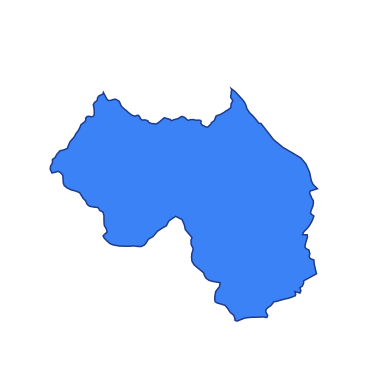 the district of Ranau, Sabah, Malaysia, rotated 107°
{"feature_id": "92858781B74051024245503", "entity_name": "Ranau", "entity_type": "district", "adm_level": 2, "iso_a3": "MYS", "parent_name": "Malaysia", "parent_adm1": "Sabah", "projection": "robinson", "projection_center": [116.758, 5.889], "detail": "fine", "context": "isolated", "style": "filled", "palette": "blue", "viewbox_px": 384, "rotation_deg": 107, "n_neighbors": 0, "source": "geoboundaries", "source_scale": "gbopen_adm2", "svg_char_len": 3625}
<svg xmlns="http://www.w3.org/2000/svg" viewBox="0 0 384 384"><g transform="rotate(107 192 192)"><path d="M156.1,315.1L160.0,317.8L162.5,318.0L166.0,318.6L170.3,320.1L173.8,320.7L179.4,323.3L184.6,323.9L186.6,323.9L189.3,327.0L191.1,330.3L195.6,332.3L199.4,333.1L201.6,335.0L205.2,333.9L208.3,334.8L211.4,334.4L214.8,331.5L213.0,328.4L211.4,326.2L211.9,323.5L213.7,320.5L217.3,319.1L220.8,317.8L223.1,316.2L224.6,312.7L225.3,308.0L225.1,303.5L225.5,299.3L227.8,296.6L229.8,294.4L231.6,291.1L234.5,288.6L235.6,285.8L235.0,280.7L234.3,277.4L236.7,274.6L237.2,271.3L240.3,269.3L244.6,268.0L248.4,266.6L249.7,266.0L252.6,262.9L255.1,261.5L258.4,263.5L260.0,264.2L261.8,262.5L263.6,259.1L265.4,255.2L265.6,251.5L264.9,245.6L263.2,239.5L262.0,235.6L260.5,231.7L260.0,228.3L259.1,224.8L256.7,222.1L254.4,221.1L249.9,219.9L245.9,216.2L239.7,213.6L239.4,213.4L235.0,209.7L231.8,206.6L226.9,205.8L224.5,204.2L220.0,200.5L221.3,193.4L226.0,189.5L229.8,187.5L231.6,184.8L235.6,178.7L238.3,178.9L242.4,177.5L245.7,174.4L248.4,174.0L250.6,174.2L254.4,173.4L258.2,171.8L260.9,168.9L262.3,165.8L264.5,160.5L265.9,157.3L268.5,155.4L270.5,153.0L271.5,149.9L271.5,146.5L270.5,138.5L274.6,138.1L278.2,139.5L280.2,140.2L283.3,139.9L287.4,139.1L290.0,137.9L290.7,136.1L290.7,131.6L290.7,127.3L293.2,123.4L294.3,122.2L296.1,120.0L297.6,116.1L299.9,114.3L302.1,113.4L302.3,111.2L297.0,104.5L294.7,99.2L293.4,95.3L291.2,88.8L290.7,87.3L290.1,83.7L288.0,83.5L285.4,86.1L283.5,86.9L281.1,86.1L277.7,83.5L275.0,82.3L273.0,81.6L271.9,79.2L267.4,72.3L265.9,69.6L264.1,66.8L261.0,62.9L259.6,62.9L257.1,64.5L257.1,62.1L257.1,59.2L254.5,59.0L252.0,60.9L249.8,59.0L246.9,58.6L244.2,59.2L242.8,57.8L233.8,49.0L233.0,49.5L225.1,54.1L221.3,55.6L221.1,59.6L219.3,61.1L216.4,61.3L213.3,63.3L212.8,66.4L211.5,68.0L207.7,68.4L205.0,68.4L201.4,68.4L199.2,69.4L199.8,71.2L200.5,73.7L198.3,73.7L196.2,72.9L193.6,71.4L190.6,70.2L187.1,69.2L183.5,68.6L179.4,68.4L178.8,70.2L177.6,72.5L175.4,72.7L172.7,72.5L169.8,72.3L166.9,72.7L164.7,73.5L163.1,75.5L161.5,76.7L159.1,79.0L156.6,79.4L152.2,73.0L149.4,78.4L146.3,81.2L138.8,85.3L131.8,91.4L127.7,97.7L125.5,106.3L122.8,118.0L118.2,129.1L106.3,146.1L106.7,148.3L104.5,151.2L101.5,155.9L99.6,159.7L96.6,163.6L93.5,165.6L90.8,168.1L88.8,170.9L83.4,180.1L81.7,184.7L82.2,184.3L83.6,183.7L85.5,183.7L86.8,183.1L89.0,183.1L90.3,182.5L91.8,180.8L92.8,179.7L94.7,180.0L96.4,180.4L98.3,179.9L99.9,179.6L101.3,180.5L103.1,181.7L104.7,183.4L106.0,184.2L109.3,187.3L110.4,188.5L111.1,189.9L112.5,191.2L114.7,191.4L117.0,191.5L118.5,192.4L120.0,193.7L121.5,193.8L122.9,194.6L125.1,195.7L125.6,196.7L125.6,198.5L125.2,200.4L124.9,202.1L124.2,203.1L122.9,203.8L121.5,204.0L121.0,205.3L121.5,207.2L122.0,208.5L122.3,210.0L122.3,211.6L123.1,214.3L124.6,216.6L124.4,217.7L123.6,219.3L122.8,220.9L122.7,223.3L122.8,224.1L123.1,224.4L126.1,227.0L127.3,229.1L128.5,230.9L129.6,232.2L129.8,232.7L129.0,234.0L129.0,234.6L129.1,240.3L134.7,243.8L137.4,246.1L138.3,250.8L138.3,252.5L137.8,254.0L137.0,254.7L136.7,256.1L136.8,258.1L137.8,260.7L136.9,262.9L135.6,263.7L134.3,265.8L135.2,267.6L136.1,268.5L136.2,269.8L136.1,271.5L135.6,273.5L134.2,276.9L133.3,278.6L132.5,280.8L131.1,283.8L129.7,285.5L127.9,286.9L126.4,288.4L125.6,292.2L126.0,293.3L126.7,294.6L127.6,295.7L128.3,296.9L128.8,298.0L128.8,299.5L128.2,300.3L127.4,301.2L122.7,305.9L124.6,305.9L126.4,308.2L127.6,309.3L129.8,309.8L132.3,309.5L135.0,311.5L137.5,311.9L139.6,310.7L142.2,309.5L143.9,309.0L145.9,308.3L147.9,308.2L149.4,309.7L149.6,310.6L149.6,312.5L150.5,314.4L152.5,315.3L154.1,314.6L156.1,315.0L156.1,315.1Z" fill="#3b82f6" stroke="#1e3a8a" stroke-width="1.5"/></g></svg>